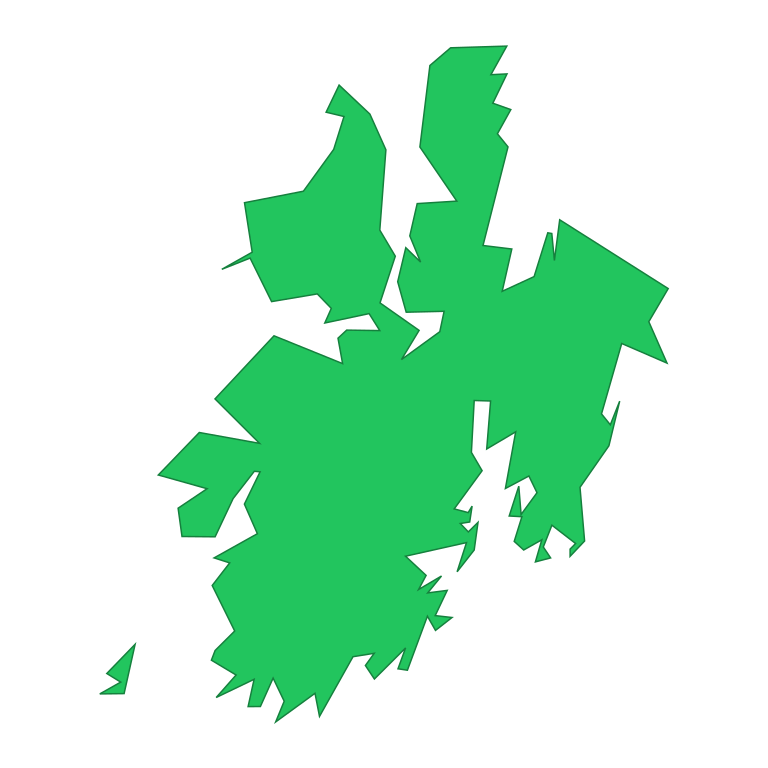 the district of Bø nor, Nordland, Norway
{"feature_id": "86288312B44209185687579", "entity_name": "Bø nor", "entity_type": "district", "adm_level": 2, "iso_a3": "NOR", "parent_name": "Norway", "parent_adm1": "Nordland", "projection": "mercator", "projection_center": [14.6, 68.718], "detail": "medium", "context": "isolated", "style": "filled", "palette": "green", "viewbox_px": 768, "rotation_deg": 0, "n_neighbors": 0, "source": "geoboundaries", "source_scale": "gbopen_adm2", "svg_char_len": 1914}
<svg xmlns="http://www.w3.org/2000/svg" viewBox="0 0 768 768"><path d="M619.7,401.1L610.3,424.8L601.5,413.9L621.7,343.5L667.0,363.1L648.8,321.7L668.2,288.6L559.7,219.8L554.4,260.5L551.8,233.5L547.8,232.8L534.1,276.6L502.2,291.3L511.8,249.0L483.0,245.5L508.0,146.9L497.4,133.8L510.8,109.6L492.8,103.2L507.0,73.9L490.9,74.7L506.8,46.1L450.6,47.8L429.9,65.5L419.9,147.0L456.8,201.1L417.2,203.6L409.8,235.9L420.6,262.1L405.8,247.7L397.7,281.7L406.2,312.2L444.1,311.3L439.8,331.7L401.4,359.6L419.1,330.4L380.0,302.9L395.3,256.2L379.8,230.1L385.9,149.8L369.9,114.1L339.1,85.1L326.1,112.2L344.0,116.5L333.7,149.4L303.4,191.2L244.5,202.7L252.2,252.2L221.8,269.3L250.1,258.1L271.6,301.6L317.3,293.9L331.3,308.4L324.8,323.0L369.1,313.6L379.8,330.6L346.7,330.1L338.0,338.2L342.6,363.6L274.0,335.8L215.0,398.9L259.6,443.4L199.3,432.5L158.3,475.0L207.1,488.7L178.1,508.2L182.0,536.5L215.1,536.8L233.1,498.6L254.3,471.3L260.1,471.8L244.4,504.1L257.4,533.7L214.1,557.9L229.7,562.9L212.2,585.5L234.7,631.0L215.1,650.5L211.4,660.2L236.1,675.0L216.2,697.5L254.1,679.3L248.1,706.6L260.4,706.5L273.1,678.1L284.2,701.2L275.7,721.9L315.0,693.3L319.5,716.4L353.0,656.7L374.2,653.3L365.4,665.5L374.4,679.0L405.6,647.9L398.0,668.8L407.4,670.2L427.4,616.2L435.5,630.4L452.0,617.5L435.2,615.6L447.2,590.4L427.7,592.9L441.5,576.0L418.6,589.5L426.1,575.4L405.5,556.2L466.5,542.6L457.1,571.8L474.2,550.0L478.0,522.4L468.3,531.9L460.3,523.5L469.7,522.0L472.1,506.1L468.2,512.6L454.2,508.9L482.1,470.7L471.4,452.4L474.2,400.5L490.6,401.0L486.7,449.0L515.7,431.8L505.4,488.5L528.9,476.0L537.0,492.7L521.1,514.5L518.8,486.2L509.2,516.0L521.9,516.7L514.2,541.4L523.7,550.0L541.8,539.8L535.4,561.9L550.6,557.9L543.3,547.0L551.9,525.2L575.6,543.5L570.1,549.1L570.1,556.3L584.6,541.0L580.0,487.3L608.9,445.8L619.7,401.1ZM135.1,644.3L106.8,673.5L120.7,682.1L99.8,693.9L124.1,693.6L135.1,644.3Z" fill="#22c55e" stroke="#15803d" stroke-width="1.5"/></svg>